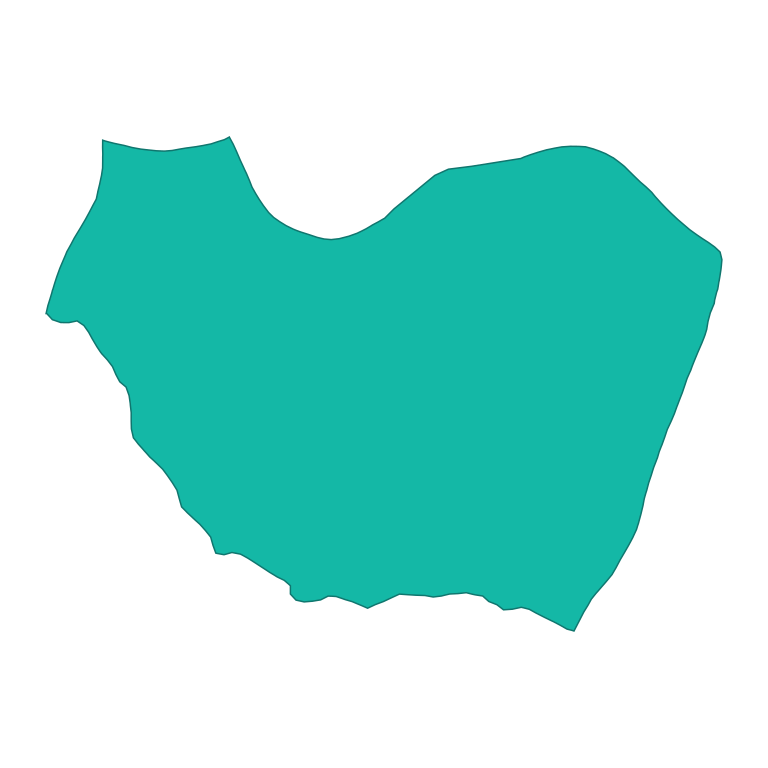 the district of Hajar, Hadramawt, Yemen
{"feature_id": "15242507B42870689355247", "entity_name": "Hajar", "entity_type": "district", "adm_level": 2, "iso_a3": "YEM", "parent_name": "Yemen", "parent_adm1": "Hadramawt", "projection": "mercator", "projection_center": [48.314, 14.515], "detail": "fine", "context": "isolated", "style": "filled", "palette": "teal", "viewbox_px": 768, "rotation_deg": 0, "n_neighbors": 0, "source": "geoboundaries", "source_scale": "gbopen_adm2", "svg_char_len": 4521}
<svg xmlns="http://www.w3.org/2000/svg" viewBox="0 0 768 768"><path d="M229.3,137.0L227.2,138.2L224.3,139.7L217.4,141.8L215.6,142.4L211.1,143.9L204.0,145.3L203.7,145.4L196.0,146.7L188.0,147.8L186.3,148.0L179.7,149.1L172.1,150.5L165.8,151.0L164.8,151.1L164.0,151.1L156.5,150.8L147.8,149.9L140.8,149.1L132.0,147.5L124.0,145.4L121.5,144.9L114.4,143.4L108.8,142.0L105.1,141.0L102.7,140.2L102.6,147.4L102.8,154.2L102.7,157.2L102.7,161.1L102.6,168.1L101.5,175.5L100.9,178.2L99.7,184.0L97.8,191.8L97.7,192.5L96.3,199.1L93.0,205.2L89.3,212.3L85.5,219.3L81.8,225.6L79.6,229.3L78.3,231.4L74.3,238.0L71.1,244.1L66.8,251.8L65.6,254.8L63.1,260.6L60.6,266.5L59.8,268.4L56.8,276.7L54.7,283.2L52.9,289.2L52.4,290.5L51.9,292.6L50.1,298.6L47.9,305.6L46.1,313.5L46.7,313.5L52.4,319.7L54.3,320.3L60.7,322.5L65.3,322.6L68.9,322.6L72.8,321.8L77.1,320.9L79.9,322.8L83.9,325.5L88.7,332.3L91.9,338.2L92.7,339.6L96.9,346.7L100.1,351.5L101.7,353.7L107.4,359.9L112.5,366.6L115.3,373.1L115.9,374.5L118.0,378.5L119.8,381.8L121.7,383.4L126.1,387.1L127.0,389.7L129.1,395.6L130.2,403.2L130.3,404.4L130.4,405.6L131.2,412.6L131.2,421.0L131.4,428.6L131.5,429.4L132.4,433.3L133.4,437.8L135.4,440.3L138.5,444.3L142.4,448.6L144.1,450.6L146.2,452.9L149.8,457.0L152.7,459.6L156.3,463.0L162.6,469.1L165.6,473.1L167.6,475.8L172.5,482.9L177.0,490.2L179.2,498.4L181.6,506.9L184.5,509.8L187.4,512.8L190.2,515.4L193.6,518.6L194.5,519.4L195.2,520.1L199.9,524.3L203.8,528.7L205.5,530.6L210.7,537.1L213.0,545.3L215.6,552.5L215.9,553.2L224.0,554.7L225.5,554.3L231.9,552.5L239.8,554.0L240.4,554.1L242.5,555.2L247.9,558.2L255.4,563.0L258.6,565.1L262.3,567.5L266.6,570.3L269.6,572.3L274.6,575.3L276.8,576.7L278.8,577.7L284.2,580.3L287.8,583.4L290.4,585.7L290.4,594.0L290.8,594.5L296.0,600.1L304.1,601.9L312.5,601.2L318.6,600.2L320.6,599.9L328.1,596.1L331.6,596.2L336.2,596.5L342.4,598.6L344.3,599.3L345.9,599.8L352.1,601.6L357.8,604.0L360.0,604.9L361.9,605.7L367.6,608.2L375.3,604.6L383.3,601.6L391.6,597.7L399.4,594.1L407.8,594.7L416.0,595.2L425.0,595.5L433.2,597.0L441.5,596.0L443.8,595.4L449.7,594.0L457.8,593.6L462.5,593.1L466.3,592.7L472.7,594.3L474.6,594.7L475.6,594.9L482.7,596.0L488.8,601.5L496.9,604.7L503.5,609.8L512.4,609.2L520.3,607.5L521.2,607.3L523.5,607.8L529.3,609.3L530.4,609.9L536.5,613.3L544.6,617.4L552.2,621.1L552.7,621.3L559.8,625.0L567.0,629.1L571.7,630.3L574.0,631.0L583.8,612.0L588.0,605.2L591.3,599.2L594.5,595.2L596.2,593.1L598.0,591.1L601.6,586.9L605.8,582.1L606.8,580.9L612.0,574.6L615.2,569.1L615.8,568.1L620.3,559.6L624.3,552.8L628.5,545.5L631.0,540.9L632.8,537.5L633.7,535.5L636.5,529.5L637.8,525.2L638.4,523.5L639.1,520.8L640.7,515.0L641.2,513.0L643.0,505.5L644.0,500.0L644.4,498.2L645.8,493.2L646.7,490.4L648.7,482.8L651.3,475.1L652.6,470.8L653.8,467.1L656.3,460.7L657.1,458.5L657.3,458.2L659.2,451.7L661.2,446.6L662.0,444.7L664.8,436.9L667.3,429.4L670.6,422.4L671.6,420.2L674.4,413.6L676.9,406.6L677.4,405.4L679.7,399.3L682.3,392.7L684.6,385.9L687.1,378.4L689.7,372.5L690.7,370.4L692.1,366.4L694.0,361.6L697.8,352.4L698.8,350.1L701.8,343.2L703.8,338.2L705.0,335.0L706.7,329.4L707.2,326.3L708.0,321.5L710.3,312.8L711.9,309.1L712.0,308.7L714.2,303.5L714.5,301.4L714.6,300.3L715.7,295.9L716.6,292.3L716.8,291.7L717.7,289.2L718.2,286.3L718.6,283.6L718.8,282.2L718.9,281.8L719.2,280.5L719.9,276.3L720.8,270.5L721.0,269.0L721.4,265.3L721.9,259.7L720.8,255.0L720.2,252.6L720.1,252.1L716.4,248.6L714.8,247.1L708.6,242.6L707.5,241.9L702.4,238.6L697.1,235.0L695.7,234.0L695.6,233.9L695.4,233.8L689.6,229.6L683.4,224.3L677.9,219.6L671.5,213.6L667.7,209.9L666.2,208.4L660.7,202.7L656.2,197.7L655.1,196.5L651.7,192.3L645.9,186.8L643.8,185.0L640.4,182.1L634.7,176.6L629.2,171.2L624.4,166.4L618.9,162.0L613.4,157.9L611.8,157.1L605.7,153.7L599.4,151.1L597.7,150.5L592.9,148.8L592.4,148.7L585.6,146.8L578.6,146.4L578.3,146.4L570.5,146.3L561.8,146.9L558.4,147.5L554.5,148.2L551.7,148.8L546.7,149.8L537.6,152.4L536.1,152.9L530.5,154.7L523.9,157.1L520.8,158.5L471.6,166.3L448.4,169.2L434.8,175.4L394.0,208.9L384.6,218.3L382.9,219.2L378.6,221.7L372.4,225.0L371.0,225.9L366.1,228.8L361.6,231.1L357.0,233.3L352.8,234.8L348.9,236.2L339.2,238.7L331.2,239.6L324.1,239.0L317.3,237.4L308.6,234.5L300.7,232.0L296.6,230.5L293.4,229.2L290.3,227.7L286.2,225.7L279.7,221.7L273.7,217.5L268.6,212.5L266.2,209.3L263.4,205.6L261.3,202.5L259.4,199.7L255.6,193.5L252.0,187.1L250.8,184.0L249.4,180.4L249.0,179.5L246.6,173.8L244.4,169.2L243.6,167.4L240.3,160.3L236.7,151.9L234.8,147.7L233.2,144.2L229.7,137.8L229.3,137.0Z" fill="#14b8a6" stroke="#0f766e" stroke-width="1.5"/></svg>